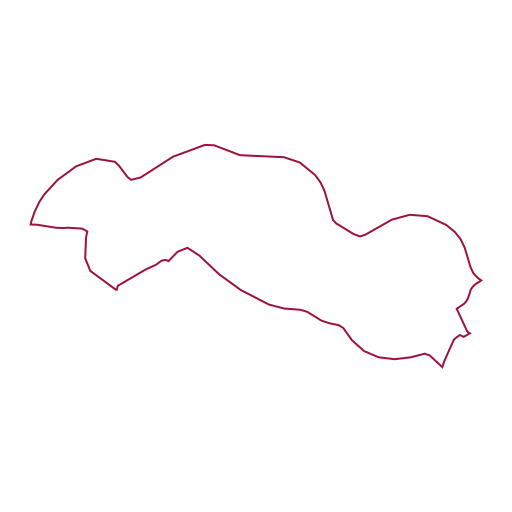 outline of Central River
{"feature_id": "GMB-2151", "entity_name": "Central River", "entity_type": "Division", "adm_level": 1, "iso_a3": "GMB", "parent_name": "Gambia", "parent_adm1": "", "projection": "albers", "projection_center": [-14.922, 13.572], "detail": "fine", "context": "isolated", "style": "outline", "palette": "rose", "viewbox_px": 512, "rotation_deg": 0, "n_neighbors": 0, "source": "natural_earth", "source_scale": "10m", "svg_char_len": 1286}
<svg xmlns="http://www.w3.org/2000/svg" viewBox="0 0 512 512"><path d="M204.9,144.9L214.2,145.3L240.0,155.2L283.9,157.2L299.8,162.5L308.0,169.2L315.1,175.0L320.6,182.6L324.5,190.9L333.0,219.9L336.0,223.3L353.9,234.2L360.0,236.4L365.3,234.7L392.0,219.6L409.6,214.8L427.5,216.2L446.2,224.9L454.6,231.7L460.5,239.1L464.7,247.7L470.5,267.1L473.3,273.1L477.7,277.9L481.3,280.4L481.2,280.5L474.6,284.8L472.9,286.6L470.8,289.4L469.9,292.7L467.8,298.7L466.0,301.6L464.3,303.6L456.7,308.8L467.3,331.6L469.9,333.3L463.6,336.9L461.9,335.9L459.9,335.1L456.8,337.1L453.8,339.8L444.2,361.4L442.3,367.1L429.8,355.5L424.8,353.7L410.7,357.3L394.6,359.2L378.7,357.3L364.1,351.1L352.0,340.3L343.2,327.9L338.5,325.1L329.6,323.3L321.6,320.7L307.1,311.8L300.5,309.8L283.9,308.5L269.1,304.6L240.7,290.0L240.6,289.9L218.9,274.1L199.4,255.6L187.4,247.8L177.5,251.8L168.4,261.2L168.2,261.1L167.3,260.4L164.8,260.0L161.4,260.8L156.1,264.7L145.3,269.7L117.8,285.8L116.8,289.7L115.9,289.7L90.3,270.9L85.2,258.3L86.0,237.7L87.3,231.4L82.3,228.6L67.3,227.7L64.0,228.0L56.4,227.8L36.8,224.7L30.7,224.5L31.3,221.4L34.7,211.6L39.2,202.2L44.1,194.6L57.6,179.9L76.0,166.4L96.2,158.8L115.0,161.8L119.0,165.7L127.5,177.0L131.1,179.8L140.4,177.6L173.2,156.6L204.9,144.9Z" fill="none" stroke="#9f1239" stroke-width="2"/></svg>